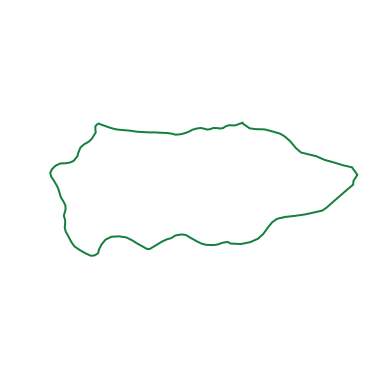 outline of Dola, Ngounié, Gabon, rotated 305°
{"feature_id": "22940354B92204383956845", "entity_name": "Dola", "entity_type": "district", "adm_level": 2, "iso_a3": "GAB", "parent_name": "Gabon", "parent_adm1": "Ngounié", "projection": "albers", "projection_center": [11.352, -2.321], "detail": "fine", "context": "isolated", "style": "outline", "palette": "green", "viewbox_px": 384, "rotation_deg": 305, "n_neighbors": 0, "source": "geoboundaries", "source_scale": "gbopen_adm2", "svg_char_len": 1771}
<svg xmlns="http://www.w3.org/2000/svg" viewBox="0 0 384 384"><g transform="rotate(305 192 192)"><path d="M202.2,98.3L200.5,95.3L199.1,92.2L197.6,87.9L196.3,83.2L195.1,79.1L194.6,76.4L192.5,75.3L190.1,75.3L187.4,77.3L185.6,79.0L177.8,79.4L173.8,78.5L169.3,76.3L164.6,75.1L159.1,76.3L155.5,77.6L149.7,77.2L146.4,75.3L143.3,72.3L139.8,67.7L135.2,65.1L130.2,64.2L126.3,64.9L123.9,67.7L122.0,72.5L119.5,78.0L117.4,81.3L114.6,84.9L112.3,87.8L110.6,92.0L108.4,96.0L105.3,98.4L99.1,100.6L97.0,103.2L94.9,105.3L92.1,106.9L89.7,108.3L87.1,111.3L85.8,114.2L83.6,118.4L81.5,122.6L80.0,127.0L80.1,133.8L80.7,140.1L81.8,145.8L84.2,148.6L88.1,150.2L91.4,148.8L97.2,148.0L103.4,148.5L109.2,151.7L113.9,157.8L117.1,164.2L118.1,170.7L118.4,176.8L119.5,187.5L120.8,189.9L127.8,193.1L133.8,195.7L138.6,198.4L142.2,201.4L147.0,203.4L151.2,207.7L153.2,211.5L153.8,218.5L154.4,224.6L155.2,229.5L157.1,234.4L161.1,240.4L164.3,243.6L167.9,246.1L171.5,249.7L171.9,253.2L174.0,256.5L177.6,262.1L184.4,268.5L191.5,272.8L198.2,274.4L206.7,274.6L213.2,275.0L218.9,277.1L225.1,282.7L231.4,289.9L238.8,297.8L246.7,305.0L251.5,309.4L256.7,311.3L264.0,313.0L275.2,315.8L283.2,317.8L290.4,319.8L293.8,317.9L300.9,317.6L304.0,308.9L300.6,300.6L297.8,291.9L294.4,282.3L292.6,273.3L286.9,258.7L287.5,252.2L289.9,243.3L290.7,236.1L290.3,230.6L287.5,222.5L284.9,215.5L280.2,208.4L277.2,202.7L277.2,193.9L277.6,193.6L274.8,191.6L271.4,189.2L269.9,187.2L268.2,184.3L265.1,181.9L262.2,180.8L260.2,178.7L258.7,175.8L256.6,172.7L253.7,170.7L251.9,168.7L250.9,165.8L249.4,162.3L246.5,159.3L243.2,156.6L240.0,155.0L237.4,153.4L233.0,149.8L229.6,145.8L227.9,141.4L226.0,137.7L223.1,133.2L219.8,127.8L216.5,123.1L213.6,118.5L209.8,112.3L206.9,106.4L202.2,98.3Z" fill="none" stroke="#15803d" stroke-width="2"/></g></svg>